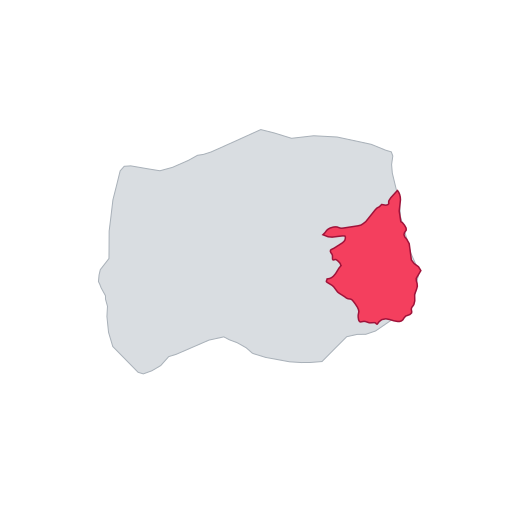 where Mokhotlong sits in Lesotho, rotated 35°
{"feature_id": "LSO-1213", "entity_name": "Mokhotlong", "entity_type": "District", "adm_level": 1, "iso_a3": "LSO", "parent_name": "Lesotho", "parent_adm1": "", "projection": "robinson", "projection_center": [28.96, -29.168], "detail": "fine", "context": "in_parent", "style": "filled", "palette": "rose", "viewbox_px": 512, "rotation_deg": 35, "n_neighbors": 0, "source": "natural_earth", "source_scale": "10m", "svg_char_len": 2938}
<svg xmlns="http://www.w3.org/2000/svg" viewBox="0 0 512 512"><g transform="rotate(35 256 256)"><path d="M322.2,333.5L310.1,337.4L308.5,337.7L300.7,336.8L290.4,337.8L282.3,339.9L276.0,340.7L265.7,351.9L247.1,382.2L242.2,388.5L240.8,400.4L236.5,409.8L231.3,417.2L226.1,418.9L210.5,416.0L190.6,412.3L179.0,403.1L168.6,391.1L163.2,382.4L157.4,377.6L155.5,374.9L147.4,370.9L144.3,368.8L141.6,367.3L138.3,361.5L136.3,356.5L137.0,342.4L131.3,334.1L121.4,319.8L115.2,308.1L106.6,292.1L101.4,278.4L95.9,264.2L96.6,258.1L101.7,254.0L116.8,246.9L128.4,241.3L136.8,231.2L145.9,216.2L150.3,207.1L154.7,202.9L159.5,196.6L168.0,182.4L177.4,166.6L187.4,149.7L200.2,144.8L217.6,139.2L234.3,124.4L254.2,112.0L286.4,98.4L301.4,95.0L307.1,93.1L310.7,95.6L314.6,103.3L320.0,109.8L332.8,121.1L338.2,123.8L351.3,140.5L365.3,151.9L381.4,165.0L392.4,171.6L398.0,173.4L402.6,185.1L407.3,193.8L410.0,201.9L409.4,209.8L404.3,229.1L396.9,248.9L390.9,257.1L383.7,262.3L376.6,270.1L373.8,285.9L370.6,304.6L361.4,312.2L354.2,317.3L344.2,323.4L322.2,333.5Z" fill="#d9dde1" stroke="#a8b0b8" stroke-width="1"/><path d="M338.5,123.3L340.4,125.0L342.1,127.1L347.5,137.0L354.9,144.8L356.9,144.7L360.0,145.6L362.9,147.0L364.2,148.6L364.2,151.7L365.0,153.7L366.8,155.0L369.8,155.8L374.4,158.0L385.5,170.1L389.9,171.5L395.3,171.6L399.4,173.4L400.1,182.5L401.6,184.4L403.7,186.1L405.5,188.2L406.5,190.9L408.0,196.5L411.8,201.7L413.1,205.1L413.2,206.1L413.1,208.5L413.3,209.6L413.8,210.6L415.6,212.4L416.1,213.4L415.6,215.7L413.1,219.3L412.8,221.8L412.9,224.1L412.3,225.9L411.2,227.3L409.6,228.4L406.1,230.0L402.1,231.3L398.3,233.0L395.5,236.0L394.5,239.3L394.4,242.8L394.4,242.7L392.2,242.3L391.6,242.5L391.0,242.8L387.8,245.3L387.0,245.8L383.2,246.9L381.9,247.6L379.4,250.1L378.7,250.3L377.5,250.0L376.5,249.3L374.7,247.4L373.6,245.8L372.1,242.5L370.6,241.1L368.5,239.8L364.5,238.2L360.3,236.9L359.0,236.9L358.0,237.1L356.0,238.2L354.8,238.5L353.4,238.6L351.9,238.5L345.3,238.8L343.5,238.7L337.4,236.7L335.2,236.4L329.2,236.8L328.3,236.6L327.8,235.5L327.7,235.0L327.7,234.4L327.4,234.0L329.2,232.2L330.3,230.4L331.0,228.1L331.3,224.8L330.9,218.3L331.2,215.0L330.4,214.8L329.9,214.2L328.9,213.7L326.7,213.2L325.1,213.0L323.7,213.0L322.9,213.4L322.4,213.9L322.0,214.6L321.3,215.0L320.4,214.6L318.4,211.8L317.3,211.0L315.4,210.3L314.2,209.5L313.7,208.4L314.0,207.4L315.4,204.9L319.2,195.7L319.7,193.6L319.7,191.9L319.1,190.4L318.4,189.3L317.6,188.7L316.7,189.0L315.2,190.0L307.5,196.9L304.0,198.9L298.6,200.2L299.1,197.4L299.2,194.4L299.7,192.5L300.7,190.5L302.7,188.0L304.3,186.6L305.8,185.7L308.4,185.0L309.7,184.5L311.1,183.4L322.2,172.8L324.2,170.5L325.2,168.1L326.2,164.9L327.2,149.4L327.6,147.2L328.8,144.9L329.4,141.7L333.1,140.0L333.8,139.3L334.6,138.2L334.7,137.4L334.7,136.9L334.4,136.5L334.0,136.1L333.7,135.7L333.4,135.2L333.1,134.3L333.0,130.9L334.2,121.5L334.3,121.2L336.5,122.0L338.5,123.3L338.5,123.3Z" fill="#f43f5e" stroke="#9f1239" stroke-width="1.5"/></g></svg>